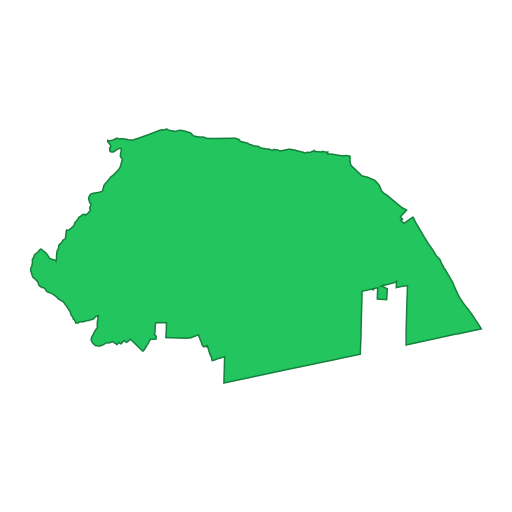 the district of Mihai Viteazu, Cluj, Romania
{"feature_id": "2599482B370661987664", "entity_name": "Mihai Viteazu", "entity_type": "district", "adm_level": 2, "iso_a3": "ROU", "parent_name": "Romania", "parent_adm1": "Cluj", "projection": "albers", "projection_center": [23.722, 46.539], "detail": "fine", "context": "isolated", "style": "filled", "palette": "green", "viewbox_px": 512, "rotation_deg": 0, "n_neighbors": 0, "source": "geoboundaries", "source_scale": "gbopen_adm2", "svg_char_len": 5960}
<svg xmlns="http://www.w3.org/2000/svg" viewBox="0 0 512 512"><path d="M481.3,328.9L480.3,327.2L472.6,315.4L468.0,309.1L463.7,303.7L460.6,299.2L459.3,297.0L457.7,293.9L454.2,286.2L452.8,282.6L444.8,268.9L444.4,268.9L443.2,266.9L443.5,266.7L441.8,263.9L439.8,259.3L436.4,256.0L432.7,249.8L428.7,244.2L423.2,235.3L414.9,221.1L414.4,219.4L412.9,217.1L404.0,223.3L400.7,220.4L402.6,219.1L400.3,217.1L402.7,214.2L404.4,212.6L406.6,210.1L402.4,207.8L402.1,207.8L386.8,195.1L384.2,193.5L381.8,191.2L381.2,190.4L380.1,186.9L379.6,186.0L378.5,184.4L375.7,181.3L374.6,180.2L367.3,177.1L362.0,175.9L351.0,165.4L350.3,162.9L350.1,161.5L349.9,159.2L350.1,157.9L350.1,157.4L350.0,156.3L349.8,156.1L346.0,155.5L345.4,155.5L344.1,155.9L341.7,155.7L338.5,155.3L332.6,154.2L327.5,154.0L327.8,152.0L325.8,152.2L324.7,151.8L323.6,151.8L322.6,151.3L322.3,151.4L321.4,152.0L321.0,152.0L319.9,151.8L317.9,151.8L317.2,151.7L316.2,151.7L314.9,151.0L313.6,151.2L313.6,150.8L313.3,151.1L311.0,151.9L310.2,152.6L308.1,152.3L307.0,152.3L306.5,152.5L305.7,153.0L305.3,153.1L304.1,152.7L303.3,152.2L302.5,152.3L300.7,151.5L298.5,151.2L297.3,150.7L296.6,150.7L295.8,150.3L294.5,150.1L293.6,149.7L292.2,149.8L290.2,149.2L288.1,149.3L287.4,149.5L286.7,149.9L285.8,149.7L285.2,150.0L281.0,150.9L279.5,150.8L277.3,149.8L275.3,149.9L274.6,149.4L273.6,149.6L272.7,150.3L272.1,150.1L271.2,150.1L270.7,149.9L270.4,149.9L269.7,149.3L269.4,149.1L267.2,149.1L264.0,148.4L263.5,148.5L262.8,148.3L262.2,148.3L261.8,148.1L261.1,148.1L260.7,147.9L259.9,147.8L259.2,146.7L258.6,146.4L254.6,146.0L254.1,146.0L252.6,145.3L251.8,145.1L250.9,144.6L250.4,144.6L249.6,144.4L247.6,143.2L240.4,141.4L238.9,139.4L235.2,138.2L214.7,138.5L207.4,138.4L205.8,138.1L204.1,137.2L201.2,137.0L199.8,137.1L196.2,136.5L194.5,136.2L193.6,135.9L192.9,135.4L191.1,133.3L190.1,132.7L185.0,131.2L181.9,130.5L179.4,130.3L178.1,130.5L175.9,131.4L175.4,131.5L174.5,131.2L170.7,130.6L168.4,130.1L167.5,129.5L166.9,129.0L162.3,130.3L162.0,129.7L159.0,130.5L149.6,134.2L138.4,138.2L134.8,139.3L133.9,139.8L132.4,140.1L130.2,139.9L129.0,140.2L128.6,140.2L128.0,139.7L127.3,139.3L126.7,139.3L126.3,139.6L124.4,138.9L123.8,138.8L122.8,138.9L121.4,138.6L120.8,138.7L120.0,139.0L119.5,139.0L118.9,138.9L117.7,138.3L116.3,138.3L115.7,138.5L114.3,139.5L113.6,139.8L110.2,140.8L109.1,140.8L107.7,140.4L107.7,141.7L108.4,142.4L109.3,143.8L110.2,144.6L110.9,146.3L110.9,146.6L110.8,146.9L109.6,147.9L109.6,148.2L110.0,149.3L109.8,150.2L109.8,150.7L110.2,151.6L111.1,151.9L113.3,152.0L114.3,151.6L116.5,149.8L117.7,149.1L119.9,148.3L120.6,148.3L121.3,149.5L121.3,150.3L121.1,150.7L121.0,152.2L120.6,153.4L120.4,155.3L120.5,156.9L121.4,157.8L122.1,158.7L122.3,159.4L122.3,160.0L121.8,161.2L120.6,165.7L120.1,167.2L119.3,168.7L118.5,169.7L114.8,173.6L113.2,175.2L111.1,176.7L109.9,178.1L109.4,178.9L108.0,180.5L107.5,181.3L105.3,183.5L104.3,184.8L103.8,185.9L103.1,188.5L102.9,189.5L102.8,190.5L102.2,191.2L99.6,192.2L95.8,192.9L94.2,193.0L91.3,193.8L90.7,194.2L89.7,195.6L89.0,196.8L88.7,198.0L88.7,198.7L88.8,199.5L89.6,202.2L89.9,202.9L91.0,204.3L91.0,204.8L90.9,205.2L90.0,206.7L90.0,207.3L89.7,208.3L89.9,209.1L90.5,210.2L90.4,210.6L89.2,211.6L87.8,213.4L86.0,214.8L85.3,215.1L84.8,214.3L82.8,214.5L82.2,214.9L81.8,215.3L80.0,216.7L79.0,217.2L78.6,218.1L76.4,221.1L74.5,223.2L74.4,224.5L74.1,225.3L72.8,226.7L71.0,228.4L68.7,230.1L67.3,230.3L66.7,230.0L66.2,231.3L66.0,232.8L65.9,234.6L65.6,236.4L65.5,238.7L62.7,240.3L62.5,240.9L62.3,241.6L62.1,242.0L61.3,242.9L60.0,243.8L58.8,245.4L58.4,248.7L57.4,250.3L57.0,251.5L56.8,253.3L56.6,254.4L56.5,258.2L56.4,259.2L56.0,260.7L56.0,261.1L55.4,260.4L54.8,260.1L53.4,259.8L52.2,259.2L51.4,259.2L50.1,258.6L49.5,258.1L48.6,256.8L47.4,254.8L45.6,252.7L44.4,251.6L43.5,251.2L42.3,250.0L41.2,249.1L40.9,249.1L40.3,249.3L38.9,250.8L37.8,252.2L35.6,253.9L34.7,254.5L33.4,258.1L32.5,259.0L32.3,261.0L32.5,261.9L32.1,264.6L31.8,266.0L31.3,267.3L30.9,268.1L30.7,269.0L30.8,270.8L31.1,271.9L32.5,276.4L32.9,277.2L33.3,277.6L35.2,279.1L36.9,281.0L37.6,281.5L37.9,282.1L38.7,284.7L39.2,285.6L39.5,285.9L40.6,286.6L42.0,287.6L43.1,287.6L44.4,288.1L45.1,288.9L46.3,290.9L46.9,291.5L48.2,292.2L51.5,293.3L55.1,295.8L57.5,297.8L58.4,299.0L62.0,301.0L63.6,302.1L65.3,304.6L67.0,306.7L67.8,308.1L68.5,308.9L68.6,309.7L69.6,310.8L70.3,312.0L70.5,313.4L71.4,315.5L72.5,316.7L72.8,317.2L73.3,319.1L74.3,319.8L74.9,320.5L75.8,323.1L76.5,322.8L78.0,323.1L78.7,322.4L79.2,322.1L80.3,321.9L83.6,321.7L86.4,320.7L88.2,320.6L93.7,318.9L95.4,316.7L96.3,316.3L98.2,315.7L98.1,316.6L97.8,317.3L98.0,318.6L97.5,321.0L97.3,322.6L97.3,324.2L97.2,325.8L97.5,327.5L95.9,329.5L94.2,332.3L93.1,334.7L91.7,337.2L91.1,339.9L92.3,342.6L95.3,345.6L99.6,346.1L102.9,344.9L106.2,342.9L107.0,342.8L108.0,343.0L109.5,342.8L110.8,342.4L112.4,341.5L116.1,343.9L116.8,344.6L119.4,342.5L120.6,343.8L121.0,343.9L124.2,340.5L126.2,342.3L126.6,342.4L128.0,341.4L130.4,339.2L142.8,351.2L143.8,350.4L144.7,349.2L145.5,347.7L148.0,343.7L150.5,339.2L156.0,339.1L156.1,337.4L155.9,336.7L156.2,336.6L155.8,335.6L155.4,335.2L154.4,334.6L155.0,331.8L155.2,325.7L155.3,324.6L156.0,322.7L166.5,322.7L166.4,324.4L166.4,329.1L166.2,331.5L165.9,337.6L182.3,338.1L188.1,338.1L190.7,337.8L198.4,334.9L201.3,342.2L202.4,345.6L203.5,346.4L203.7,346.8L204.9,346.4L205.4,346.4L206.5,346.8L206.6,346.6L206.6,345.7L207.3,345.5L207.7,346.5L208.1,348.3L209.6,353.1L209.9,354.3L210.5,354.9L210.7,355.5L210.7,356.1L211.2,356.7L212.2,360.7L215.5,359.7L218.5,358.4L219.6,358.2L224.6,356.7L223.9,383.0L285.8,369.8L326.6,361.3L332.4,360.2L341.2,358.2L360.3,354.2L360.4,349.9L361.0,336.3L361.0,331.5L362.1,291.2L372.8,288.9L372.9,289.9L373.0,290.0L374.2,288.5L377.7,287.8L377.3,299.0L386.6,299.7L387.3,289.7L387.4,288.9L382.5,286.4L381.2,286.4L383.5,284.8L384.3,285.3L394.4,282.6L396.5,281.2L396.3,287.6L401.9,286.4L406.2,285.8L407.5,285.8L406.8,305.3L406.3,324.3L406.1,334.1L406.1,345.0L456.3,334.0L458.1,333.9L481.3,328.9Z" fill="#22c55e" stroke="#15803d" stroke-width="1.5"/></svg>